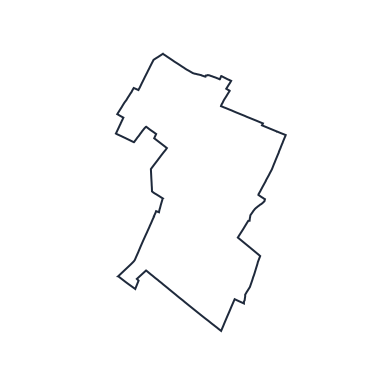 outline of Sahateni, Buzau, Romania, rotated 54°
{"feature_id": "2599482B74966018591797", "entity_name": "Sahateni", "entity_type": "district", "adm_level": 2, "iso_a3": "ROU", "parent_name": "Romania", "parent_adm1": "Buzau", "projection": "albers", "projection_center": [26.561, 45.012], "detail": "fine", "context": "isolated", "style": "outline", "palette": "slate", "viewbox_px": 384, "rotation_deg": 54, "n_neighbors": 0, "source": "geoboundaries", "source_scale": "gbopen_adm2", "svg_char_len": 5841}
<svg xmlns="http://www.w3.org/2000/svg" viewBox="0 0 384 384"><g transform="rotate(54 192 192)"><path d="M321.5,250.1L318.7,245.4L317.2,243.0L313.3,236.5L310.6,231.9L307.8,227.3L303.8,220.5L307.6,218.4L312.7,215.5L312.3,215.2L311.9,214.9L311.5,214.7L311.2,214.4L310.5,213.0L309.5,212.1L308.8,211.4L308.6,211.2L307.8,210.4L306.3,209.3L305.5,207.4L305.1,206.6L304.5,205.0L302.9,201.0L298.7,195.0L296.6,192.2L296.4,191.8L296.1,191.4L295.7,190.8L295.3,190.2L295.1,190.0L294.7,189.4L291.9,185.7L288.6,181.3L288.0,180.6L287.4,179.9L283.9,174.5L282.5,174.8L270.4,177.9L255.8,181.7L254.7,179.0L252.2,172.6L249.3,165.7L248.4,163.4L249.1,162.3L247.1,160.5L246.8,160.1L245.1,158.4L243.6,154.0L243.5,153.9L242.7,151.0L242.5,149.3L242.5,148.2L242.4,147.7L242.4,146.7L242.4,145.8L242.4,145.5L242.3,144.3L242.4,143.5L242.5,143.2L242.4,141.6L242.3,140.6L242.1,139.2L241.9,138.5L241.3,138.0L240.7,137.2L240.4,137.3L240.1,137.5L239.9,137.6L239.3,137.8L237.9,138.3L237.6,138.5L237.3,138.6L233.4,140.0L232.9,139.5L232.9,139.4L232.5,138.6L231.4,136.1L230.7,134.8L230.1,133.5L229.5,132.3L228.0,129.1L226.4,125.7L226.2,125.6L224.0,120.9L223.5,119.8L222.7,118.3L221.1,115.0L220.7,114.2L220.1,113.2L217.6,109.3L216.4,107.3L215.3,105.6L213.6,102.8L212.0,100.2L211.1,98.6L210.8,98.4L209.9,97.0L208.4,94.5L207.5,93.2L206.8,92.0L206.3,91.3L205.6,90.0L204.9,89.0L204.0,87.6L203.5,86.7L203.4,86.6L201.9,84.1L201.7,83.7L201.0,82.7L196.3,85.7L193.0,87.7L193.0,87.8L192.9,87.8L179.2,96.2L178.8,95.4L178.2,94.3L177.9,94.5L172.3,97.9L167.0,101.2L163.2,103.6L161.4,104.6L157.1,107.3L155.3,108.4L153.9,109.3L150.9,111.1L149.3,112.0L149.0,112.2L146.8,113.6L146.3,113.9L144.0,115.3L143.4,115.7L142.2,116.5L140.8,117.3L139.6,118.1L139.1,117.5L138.2,115.8L138.1,115.5L138.0,115.2L137.9,115.0L136.7,112.8L136.4,112.2L136.1,111.5L134.7,107.9L134.1,106.5L133.0,103.8L132.3,102.0L132.2,102.0L131.5,102.3L130.3,102.9L128.6,103.6L127.8,101.6L126.7,98.9L126.3,97.7L125.1,95.0L124.7,95.2L123.7,95.8L123.3,95.9L123.0,96.2L122.1,96.7L121.4,97.1L119.8,97.9L119.2,98.2L118.5,98.6L117.8,98.9L116.9,99.4L116.0,99.8L115.6,100.0L115.4,100.2L115.6,100.6L115.9,101.1L117.2,103.2L117.1,103.4L116.8,103.5L116.4,103.7L116.0,104.0L115.6,104.2L115.1,104.5L114.7,104.8L114.2,105.1L113.5,105.5L112.8,106.0L112.5,106.2L111.4,107.0L110.4,107.6L110.0,107.9L109.8,108.1L109.5,108.3L109.2,108.5L108.9,108.7L108.1,109.2L107.5,109.7L107.3,109.9L107.1,110.2L106.9,110.4L106.7,110.5L106.6,111.2L106.4,111.5L106.0,112.1L105.9,112.3L105.9,112.5L106.1,112.8L106.6,113.3L106.5,113.5L106.2,113.7L106.0,113.8L105.2,114.4L105.1,114.5L104.9,114.6L104.7,114.8L104.3,115.0L104.0,115.2L103.5,115.6L103.4,115.7L103.1,115.8L102.8,115.9L102.7,116.0L102.3,116.4L101.8,116.8L101.3,117.2L100.5,118.0L100.4,118.0L100.0,118.4L99.9,118.5L99.7,118.7L99.5,118.8L99.1,119.1L98.7,119.5L98.3,119.8L98.0,120.2L97.3,120.7L96.2,121.5L95.7,121.7L92.5,123.1L91.6,123.5L90.2,124.2L88.5,124.9L86.7,125.5L85.0,126.2L83.1,126.9L81.5,127.5L79.4,128.3L76.2,129.6L74.1,130.3L71.1,131.4L69.2,132.1L67.6,132.7L66.4,133.1L63.3,134.3L63.1,134.3L63.1,134.9L63.0,135.9L63.0,136.7L62.9,138.4L62.8,140.6L62.7,141.4L62.6,143.1L62.5,145.1L62.5,145.5L62.8,146.0L63.8,148.0L64.1,148.6L64.9,150.2L65.5,151.3L65.8,152.0L66.8,153.8L67.1,154.4L68.2,156.6L69.2,158.4L69.6,159.3L70.1,160.2L71.1,162.2L71.3,162.6L72.5,164.8L73.0,165.8L73.6,166.9L74.4,168.5L76.1,171.6L77.0,173.3L77.3,174.0L77.8,175.1L78.0,175.4L73.6,178.0L74.1,179.2L74.8,180.7L75.4,181.9L75.6,182.4L75.8,182.6L75.9,183.2L76.0,183.6L76.2,184.0L76.4,184.6L76.7,185.3L77.0,186.0L77.2,186.5L77.7,187.9L78.5,189.8L78.8,190.5L79.2,191.4L79.2,191.6L79.5,192.6L79.8,193.6L80.0,194.2L80.4,195.2L81.6,198.1L81.9,198.7L82.4,200.0L82.8,201.0L83.1,201.8L83.5,202.8L84.2,204.5L84.5,205.3L85.1,206.7L85.7,206.4L86.5,206.1L87.1,205.8L88.3,205.3L91.5,203.8L92.1,204.9L92.7,205.9L93.3,207.1L94.0,208.3L94.5,209.3L95.0,210.0L95.4,210.9L96.1,212.1L96.5,212.8L99.9,219.0L100.0,219.2L101.5,218.5L102.7,217.8L103.8,217.2L105.7,216.1L106.4,215.8L107.0,215.4L107.8,215.0L108.5,214.6L109.2,214.2L110.2,213.7L112.4,212.5L116.2,210.5L117.6,209.7L117.6,209.4L117.1,208.1L116.8,207.0L115.9,204.3L115.7,203.6L115.4,202.3L115.0,201.1L114.5,199.7L114.3,199.1L114.1,198.2L113.6,196.9L112.9,194.3L112.5,192.9L112.3,191.5L112.2,191.1L112.3,190.7L114.3,190.1L116.4,189.5L117.9,189.0L120.4,188.1L124.0,186.9L126.3,191.0L139.2,187.2L141.7,186.5L142.4,188.5L143.2,191.6L144.5,196.1L144.9,197.3L145.6,199.7L146.1,201.2L146.8,203.6L147.1,204.6L147.8,207.0L149.0,210.9L149.3,211.8L153.9,214.8L157.4,217.1L158.5,217.8L160.7,219.2L162.8,220.6L164.4,221.6L168.0,224.0L169.6,223.6L171.0,223.1L173.0,222.2L174.5,221.6L175.7,221.1L176.2,220.9L177.8,220.3L180.0,219.4L180.0,219.5L180.8,220.5L181.1,220.9L184.1,224.8L186.5,227.7L186.5,227.8L186.9,228.3L187.5,229.0L188.0,229.6L188.5,230.1L188.8,230.4L189.0,230.6L186.4,232.3L187.6,234.1L189.4,237.4L189.5,237.5L189.7,237.4L190.8,239.5L193.2,243.5L194.7,246.2L194.8,246.4L194.9,246.5L195.0,246.6L197.5,251.0L197.9,251.7L198.0,251.8L199.3,254.2L201.8,258.6L201.9,258.8L203.0,260.7L203.3,261.2L204.7,263.6L206.0,265.8L206.5,266.6L208.3,269.6L209.0,270.7L211.7,275.4L212.6,276.9L213.4,278.3L213.6,278.9L213.9,279.9L214.2,281.6L214.6,284.2L216.8,301.3L216.9,301.2L225.8,298.6L229.9,297.3L237.1,294.9L236.8,294.5L236.5,294.0L232.3,287.3L229.9,287.7L228.5,275.3L229.5,275.0L234.2,273.8L235.3,273.5L236.6,273.1L237.1,273.0L239.9,272.3L242.9,271.4L243.3,271.3L244.7,271.0L245.7,270.7L247.1,270.3L248.2,270.0L249.6,269.7L255.9,268.0L256.4,267.9L261.0,266.7L264.0,265.9L264.8,265.7L265.4,265.5L266.4,265.3L268.7,264.7L270.2,264.3L274.4,263.1L277.4,262.4L277.5,262.3L278.4,262.1L282.5,261.0L289.1,259.2L293.5,258.0L297.9,256.8L302.5,255.5L305.8,254.5L310.3,253.3L310.6,253.2L311.3,253.0L312.0,252.8L312.4,252.6L312.7,252.6L317.1,251.3L317.3,251.3L321.5,250.1Z" fill="none" stroke="#1e293b" stroke-width="2"/></g></svg>